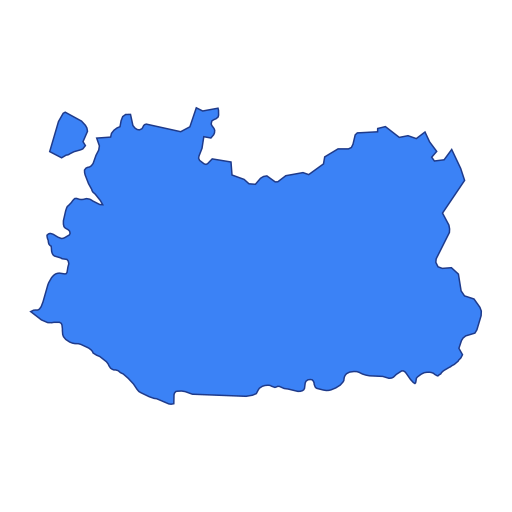 the border of Ciudad Real
{"feature_id": "ESP-5816", "entity_name": "Ciudad Real", "entity_type": "Autonomous Community", "adm_level": 1, "iso_a3": "ESP", "parent_name": "Spain", "parent_adm1": "", "projection": "albers", "projection_center": [-4.048, 38.963], "detail": "fine", "context": "isolated", "style": "filled", "palette": "blue", "viewbox_px": 512, "rotation_deg": 0, "n_neighbors": 0, "source": "natural_earth", "source_scale": "10m", "svg_char_len": 4344}
<svg xmlns="http://www.w3.org/2000/svg" viewBox="0 0 512 512"><path d="M460.7,168.5L464.6,180.4L442.5,213.1L448.9,225.1L449.6,229.0L449.4,232.5L436.2,258.8L435.8,262.3L438.0,266.8L442.3,268.4L451.4,267.7L458.4,274.1L461.1,290.9L464.5,295.9L474.0,299.0L479.9,307.3L481.3,311.1L481.1,315.7L476.9,329.8L474.9,333.1L465.7,335.9L463.1,338.0L461.5,340.5L458.9,348.3L462.5,354.7L460.8,358.0L458.6,360.2L458.2,361.1L454.3,364.4L451.3,366.0L451.2,366.2L450.5,366.8L449.5,367.2L444.2,370.3L443.1,371.1L441.4,372.7L441.1,373.3L440.8,373.8L440.4,374.1L439.4,374.6L438.9,375.0L438.5,375.5L437.8,375.9L436.9,375.6L434.8,374.4L433.3,373.2L431.3,372.5L429.4,372.2L426.6,372.3L424.2,372.7L421.3,374.1L417.5,376.9L416.4,378.2L415.9,381.4L415.6,382.8L414.9,383.5L413.3,382.5L410.6,379.6L406.2,373.3L404.9,371.8L403.4,370.9L401.7,370.9L396.3,374.4L393.5,377.1L391.7,378.0L389.0,378.3L382.7,376.4L369.5,375.8L365.9,375.1L362.4,374.0L359.0,372.3L356.8,371.6L353.9,371.5L349.6,372.1L346.5,373.7L345.1,375.4L344.3,377.2L344.0,378.9L343.8,380.6L342.9,382.1L340.2,385.1L335.8,387.9L330.9,389.9L328.6,390.4L326.3,390.5L323.2,390.0L316.9,388.4L315.5,387.5L314.8,386.0L314.2,384.3L314.0,382.6L313.3,381.1L312.2,379.8L310.3,379.5L307.9,379.8L306.0,381.2L305.2,383.0L304.5,388.4L303.7,389.8L302.4,390.7L300.3,391.3L297.9,391.4L288.0,389.0L284.2,388.5L279.4,386.4L277.8,386.3L276.5,386.9L274.9,387.4L271.8,386.3L270.0,385.4L267.9,385.2L264.9,385.5L262.3,386.3L259.4,388.2L258.2,390.0L256.3,393.6L252.5,395.2L246.1,396.3L192.4,394.2L185.2,391.6L181.5,391.0L177.5,391.2L175.8,391.5L174.5,393.1L174.0,394.7L173.8,403.7L171.1,404.2L168.8,403.9L156.6,398.7L154.1,398.4L149.2,396.7L140.9,392.7L138.9,391.5L137.1,389.4L133.5,384.0L128.2,378.3L123.3,374.0L120.4,372.6L118.2,370.7L115.6,369.9L113.8,369.9L112.1,369.2L110.6,368.2L109.1,366.0L108.1,363.9L106.4,361.7L99.8,356.5L96.6,355.2L93.1,353.0L92.5,351.5L91.0,349.8L88.6,348.0L80.9,344.4L78.5,343.7L74.8,343.6L72.4,343.1L69.6,342.0L65.7,339.4L63.5,336.7L62.7,334.5L62.4,330.7L62.4,328.8L62.0,325.1L61.3,323.4L59.5,322.3L53.9,322.3L51.8,322.7L47.7,322.6L41.4,319.9L30.7,311.6L33.6,310.2L35.8,310.0L37.1,310.1L38.0,309.9L39.4,309.1L41.2,306.6L43.0,301.9L47.8,285.0L48.7,282.7L51.6,277.6L53.1,275.9L54.4,274.7L55.9,273.8L57.6,273.3L59.4,273.1L64.6,273.9L66.0,273.8L67.0,272.5L67.9,267.1L68.8,263.7L68.2,261.0L66.9,259.4L62.0,258.7L60.7,257.9L54.4,256.0L53.1,254.9L52.3,253.5L51.7,251.7L51.5,249.9L51.4,248.3L51.2,246.4L51.2,246.2L50.6,245.9L49.7,245.1L48.8,243.9L48.4,242.2L48.2,240.3L47.5,238.6L47.1,236.8L47.0,235.2L48.5,233.9L50.1,233.4L51.8,233.8L53.4,234.4L58.0,237.2L61.4,238.5L63.2,238.3L64.8,237.6L69.4,234.9L70.1,233.3L69.6,231.2L68.4,229.9L65.2,228.0L64.0,226.7L63.4,224.2L63.4,220.8L65.7,210.7L66.6,208.0L67.3,206.5L68.7,205.3L71.4,202.5L72.5,200.9L73.7,199.5L74.9,198.5L76.5,198.4L79.7,199.4L81.4,199.5L83.2,199.4L86.5,198.6L89.8,199.2L91.3,200.0L92.8,201.0L99.3,204.3L100.2,204.6L102.7,204.7L100.4,200.6L95.1,194.0L93.0,192.2L92.0,190.6L91.8,189.6L88.5,183.6L85.1,174.8L84.6,172.6L84.5,170.1L85.9,168.2L87.5,167.4L89.5,167.0L91.3,165.8L93.1,163.5L96.0,155.3L98.7,150.1L99.4,145.9L96.7,138.1L110.6,137.1L111.5,133.3L114.0,130.2L117.1,127.9L120.0,126.7L121.1,120.7L122.7,116.6L125.6,114.5L130.5,114.4L132.9,125.5L134.9,128.0L137.1,129.5L139.4,129.9L141.8,128.8L142.5,127.9L143.7,125.5L144.7,124.6L146.3,124.1L180.7,131.7L189.9,126.8L196.3,107.8L202.7,111.0L218.0,108.2L218.5,110.2L218.6,115.1L218.1,117.0L216.1,118.7L213.7,119.7L211.8,121.0L211.2,124.0L211.8,125.5L214.0,128.5L214.7,130.3L214.5,132.8L213.7,134.7L210.9,138.0L203.8,136.7L202.0,148.3L199.0,156.0L198.6,158.2L199.6,160.4L204.2,163.9L206.0,164.4L207.6,163.7L212.2,158.9L231.0,162.0L232.0,175.0L244.1,179.4L249.0,183.8L255.4,184.3L260.5,178.3L263.5,176.5L266.9,175.9L275.2,181.9L277.8,181.8L285.8,175.7L303.0,172.6L308.7,174.6L323.5,163.9L324.7,156.9L338.0,148.9L348.4,148.9L351.4,147.5L353.0,144.2L355.2,134.9L357.3,132.9L377.6,131.8L377.7,128.5L385.4,126.6L399.3,137.4L408.0,135.7L416.3,138.6L425.0,132.0L429.6,141.9L436.7,151.4L431.7,157.2L434.4,161.0L444.1,159.8L451.7,149.5L460.7,168.5ZM65.2,112.2L81.5,121.1L85.4,125.3L86.9,128.0L87.5,131.3L83.0,141.7L85.4,145.6L82.8,148.9L80.7,149.8L74.0,151.7L69.8,153.8L68.6,154.6L67.2,155.0L66.2,155.1L61.6,157.8L49.7,151.6L58.5,121.5L63.2,113.3L65.2,112.2Z" fill="#3b82f6" stroke="#1e3a8a" stroke-width="1.5"/></svg>